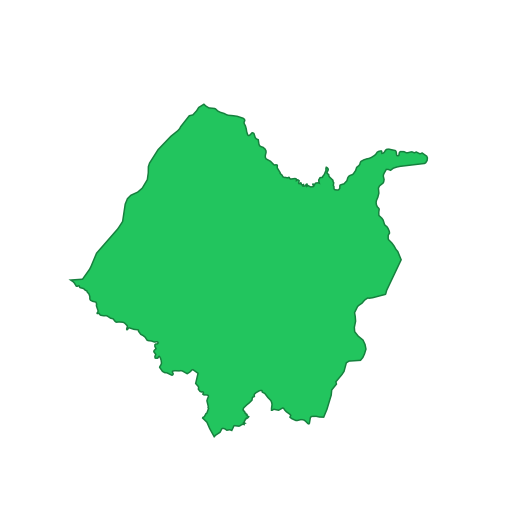 Lamarm, Xékong, Laos (orthographic projection), rotated 212°
{"feature_id": "54806243B71027577228634", "entity_name": "Lamarm", "entity_type": "district", "adm_level": 2, "iso_a3": "LAO", "parent_name": "Laos", "parent_adm1": "Xékong", "projection": "orthographic", "projection_center": [106.782, 15.39], "detail": "fine", "context": "isolated", "style": "filled", "palette": "green", "viewbox_px": 512, "rotation_deg": 212, "n_neighbors": 0, "source": "geoboundaries", "source_scale": "gbopen_adm2", "svg_char_len": 6153}
<svg xmlns="http://www.w3.org/2000/svg" viewBox="0 0 512 512"><g transform="rotate(212 256 256)"><path d="M400.4,137.4L397.5,137.3L395.9,136.9L392.4,135.2L391.5,135.6L390.6,136.9L390.1,136.9L389.0,136.1L388.4,136.0L384.9,137.0L382.6,136.5L380.9,136.8L380.2,136.1L377.4,135.2L375.4,133.5L374.1,131.5L372.9,130.8L370.5,131.0L367.6,132.0L367.1,132.0L365.5,130.6L365.4,129.9L364.6,128.9L360.9,125.9L360.5,125.2L360.5,123.3L360.1,123.1L358.5,124.2L357.2,123.5L356.2,123.5L353.3,124.7L351.5,126.0L350.2,126.3L346.4,126.2L343.9,127.0L340.9,125.9L339.5,125.8L337.2,127.5L334.2,129.1L332.9,129.5L331.8,129.5L328.2,128.6L327.7,128.0L327.0,125.5L326.5,125.1L326.0,125.5L326.0,127.3L325.5,127.9L320.7,129.1L316.9,130.9L316.4,130.7L315.7,129.9L312.2,128.5L309.6,128.7L307.0,128.4L303.8,126.9L302.6,127.1L299.7,128.5L296.6,129.2L294.5,130.9L293.6,130.9L293.0,130.5L292.9,129.8L293.2,129.1L294.5,128.1L294.7,127.2L293.8,125.7L291.7,124.4L292.3,121.9L292.0,120.8L291.6,120.5L288.9,119.5L288.5,117.2L287.6,116.1L286.8,116.2L285.2,117.3L285.2,119.3L285.0,119.6L284.0,119.4L282.8,118.7L281.2,117.3L279.4,115.1L279.0,113.8L278.9,111.1L278.7,110.5L274.2,108.6L271.6,108.7L269.7,109.7L264.3,110.3L263.7,110.8L263.7,112.1L265.3,113.2L265.7,113.8L265.5,114.4L264.1,115.7L260.4,117.8L258.9,119.0L257.6,119.5L252.0,119.7L250.7,122.4L249.8,125.7L249.2,126.2L243.0,125.8L239.6,115.9L235.7,114.7L235.1,114.2L234.3,112.5L231.7,111.5L230.1,111.8L229.2,112.6L228.6,112.5L228.0,112.1L227.9,110.7L226.5,110.6L224.7,111.8L223.1,112.4L222.5,112.3L221.7,111.3L221.6,109.7L220.9,107.2L216.8,103.2L216.3,102.0L215.5,101.7L214.4,96.6L214.9,95.9L214.7,92.8L215.0,91.6L215.5,91.0L215.4,90.3L209.5,89.0L203.8,85.1L195.7,80.6L195.3,82.6L193.1,87.5L193.4,91.1L193.2,91.9L192.5,92.4L191.0,92.9L188.4,92.8L186.2,94.8L184.1,95.2L184.7,100.2L184.4,100.7L180.4,102.6L179.8,103.2L178.5,105.9L177.9,106.2L177.7,106.6L176.8,106.8L177.2,107.4L176.7,108.3L178.2,108.0L178.0,109.3L178.4,110.2L178.2,110.9L178.5,111.7L178.4,112.3L177.9,112.9L178.2,113.5L177.3,114.0L177.0,115.8L178.8,115.8L179.3,116.5L179.8,116.2L180.1,116.9L181.2,116.8L181.5,117.2L182.1,117.0L183.3,118.1L184.3,118.1L184.9,118.6L185.5,118.6L186.0,120.6L184.9,125.0L183.9,127.8L183.0,131.6L184.0,133.9L183.9,134.7L183.2,135.4L183.0,136.2L183.9,137.1L184.1,138.1L183.6,140.0L181.8,143.4L180.5,144.7L179.7,145.0L178.5,143.9L175.7,144.1L170.9,142.3L166.8,141.3L164.9,139.9L163.7,138.5L162.2,135.2L161.1,133.4L160.6,133.7L159.6,135.5L155.1,137.2L152.9,141.2L151.9,141.5L150.0,140.6L147.7,140.0L143.1,139.7L142.1,139.3L141.8,137.3L139.7,137.0L135.1,137.6L133.9,138.3L131.4,140.9L129.9,141.8L128.4,142.3L126.6,142.2L123.1,141.4L122.2,141.6L122.1,142.5L124.2,147.6L124.1,148.9L123.6,149.6L119.9,152.0L116.8,153.1L113.2,155.2L114.6,163.6L118.5,177.9L120.8,182.5L119.9,190.0L121.6,191.7L120.3,201.1L120.2,204.8L122.8,213.3L121.4,216.2L112.1,222.9L111.6,226.5L112.1,230.4L113.4,235.3L116.6,238.7L120.7,241.4L126.9,242.2L132.2,244.1L134.8,247.6L137.0,253.5L139.8,257.3L142.4,260.2L143.1,266.9L142.7,268.5L141.1,272.2L140.5,276.2L139.1,279.5L137.5,280.3L134.9,282.5L126.0,292.0L125.9,292.5L127.0,296.1L130.9,329.7L138.1,334.9L140.9,335.8L144.1,337.6L147.6,339.0L152.3,340.1L153.2,340.9L154.9,343.7L154.9,346.2L156.1,347.6L158.7,349.4L160.7,350.3L162.7,350.4L163.9,351.0L167.3,353.9L169.2,354.7L173.3,355.5L175.1,358.2L176.2,360.7L176.9,361.4L179.2,362.0L181.1,363.3L182.6,365.2L183.3,367.0L183.8,370.3L185.1,374.4L188.2,378.5L188.4,381.0L186.9,385.1L187.0,386.5L187.9,388.7L190.2,391.0L190.9,392.2L191.2,393.9L191.4,398.5L189.7,399.5L187.3,400.0L186.1,403.2L183.7,406.1L181.3,408.4L162.1,423.8L161.5,425.0L161.5,427.6L162.6,430.0L164.1,431.1L169.7,431.4L170.6,430.0L171.3,429.5L175.2,429.1L176.4,427.4L178.8,427.0L179.6,426.5L181.9,424.1L183.1,423.2L185.8,422.9L188.7,421.2L189.1,420.6L189.2,419.6L188.2,417.0L188.5,416.4L189.3,415.9L189.8,415.9L190.4,416.3L192.2,418.5L193.1,419.1L193.9,419.2L200.0,417.0L201.6,415.8L202.2,414.5L202.2,411.7L202.7,410.5L203.6,409.7L204.9,411.4L205.5,411.5L207.3,409.9L208.2,408.3L208.3,405.9L208.8,404.0L210.4,400.7L211.8,398.7L213.9,396.7L214.4,395.9L215.3,395.0L217.1,391.9L217.1,390.7L216.5,388.6L216.7,387.0L217.6,384.5L216.8,381.2L217.0,377.2L217.4,376.1L218.9,374.2L219.6,372.7L219.6,370.9L218.8,368.0L219.6,363.9L219.8,363.5L220.6,362.8L222.2,360.8L222.1,360.0L220.8,357.8L221.0,355.9L221.9,355.1L224.1,354.0L225.2,354.2L225.8,354.7L226.5,356.0L227.9,356.9L228.9,359.3L230.2,360.0L230.9,361.0L235.7,362.0L236.6,362.5L237.4,363.5L239.7,363.9L240.0,364.2L240.4,367.4L241.3,368.3L242.7,368.6L243.4,368.5L243.2,367.5L242.0,365.6L241.3,361.2L241.6,358.7L241.3,357.9L243.2,356.4L243.1,353.7L242.5,352.8L240.9,351.3L241.8,351.2L243.8,349.7L244.2,349.1L244.2,347.1L245.7,347.3L245.9,347.0L245.7,346.8L244.0,345.7L244.2,345.1L246.3,343.5L249.3,343.3L249.8,341.9L250.3,342.3L250.3,343.5L250.9,344.0L251.3,343.6L251.5,341.4L253.2,340.1L253.5,340.3L253.4,341.6L253.6,341.8L254.3,340.9L255.2,340.6L255.8,340.8L256.1,341.5L256.8,341.8L257.3,340.5L257.9,340.1L258.4,340.3L259.3,342.7L260.6,342.8L261.2,342.6L261.7,341.4L262.4,342.5L263.0,342.7L264.1,342.3L267.4,339.6L268.6,339.6L269.3,340.2L269.8,340.2L270.6,339.0L273.0,338.1L273.6,337.6L275.0,337.4L276.9,338.4L279.2,338.8L279.7,339.5L284.5,341.9L285.3,342.8L285.6,343.7L286.2,344.3L287.3,344.0L288.6,342.9L289.4,342.9L293.9,344.0L298.9,343.7L300.5,344.7L301.5,346.5L302.3,349.0L303.2,350.4L305.0,351.5L307.6,351.9L309.6,351.4L311.3,351.4L312.7,352.3L315.7,355.8L317.8,355.5L319.4,356.0L322.7,358.8L323.7,358.8L324.6,358.5L325.4,354.9L326.1,354.2L327.2,354.3L329.8,356.5L331.7,358.7L333.9,360.7L336.3,362.1L337.0,363.1L337.3,364.9L338.2,365.8L340.0,366.0L346.0,364.5L350.5,362.5L354.2,360.6L355.9,360.2L358.5,360.0L362.6,358.9L365.3,358.7L368.3,359.3L369.4,359.1L374.5,356.6L378.1,356.6L380.6,357.1L383.3,351.6L383.3,347.7L384.3,342.2L386.9,339.6L388.4,325.7L388.2,323.5L388.7,320.8L391.6,312.5L395.4,294.3L395.5,278.4L394.6,274.7L391.4,269.4L388.6,263.1L388.4,253.3L390.2,247.4L394.3,241.2L395.4,236.5L394.4,230.7L387.4,214.6L387.5,208.0L387.6,205.7L392.7,173.9L390.4,160.0L390.1,156.7L390.8,144.4L400.4,137.4Z" fill="#22c55e" stroke="#15803d" stroke-width="1.5"/></g></svg>